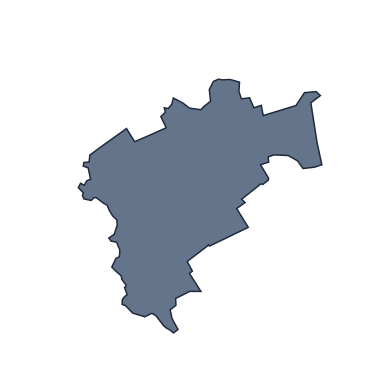 outline of Cumberland, Maine, United States of America, rotated 111°
{"feature_id": "52423323B1256829191477", "entity_name": "Cumberland", "entity_type": "district", "adm_level": 2, "iso_a3": "USA", "parent_name": "United States of America", "parent_adm1": "Maine", "projection": "natural_earth1", "projection_center": [-70.316, 43.849], "detail": "fine", "context": "isolated", "style": "filled", "palette": "slate", "viewbox_px": 384, "rotation_deg": 111, "n_neighbors": 0, "source": "geoboundaries", "source_scale": "gbopen_adm2", "svg_char_len": 1697}
<svg xmlns="http://www.w3.org/2000/svg" viewBox="0 0 384 384"><g transform="rotate(111 192 192)"><path d="M194.2,300.7L194.4,300.5L201.0,298.8L203.1,303.5L206.5,302.9L206.8,302.9L206.7,297.6L215.1,292.1L216.4,291.2L216.8,291.7L219.3,294.3L224.2,295.0L223.8,299.2L228.7,299.7L231.7,293.2L234.6,293.0L237.2,290.4L236.0,283.0L232.4,281.6L231.6,279.4L234.3,270.1L234.5,268.1L234.7,266.6L238.9,262.5L242.7,257.6L243.9,254.8L245.0,252.2L249.5,250.0L255.0,249.7L259.4,249.5L264.8,253.2L266.9,250.0L265.9,244.3L267.7,242.7L269.4,241.2L271.6,238.8L273.7,238.1L278.3,236.6L281.2,239.2L290.8,240.0L293.1,235.0L295.6,228.2L298.8,226.1L302.6,220.1L303.9,219.8L305.2,220.8L311.1,215.8L314.2,217.6L317.6,218.5L322.0,216.9L322.0,213.2L326.3,204.0L325.4,191.3L319.6,186.0L320.5,181.2L327.0,170.6L328.1,167.6L328.7,163.4L330.2,158.8L325.4,155.8L317.1,165.5L314.6,167.0L309.9,170.2L303.6,166.4L297.2,169.1L285.6,158.5L281.6,148.1L268.9,165.2L265.7,163.3L258.6,171.6L237.1,158.4L235.3,157.7L236.2,156.3L228.2,148.7L204.8,126.8L191.4,144.4L182.8,138.6L181.0,143.1L159.7,130.6L159.6,128.6L153.5,125.0L151.7,125.4L142.0,137.8L136.6,131.1L131.9,133.5L127.9,128.6L123.5,115.3L125.1,104.6L130.3,96.8L124.8,86.3L122.7,83.8L120.1,80.5L100.5,93.3L66.1,113.0L56.0,106.7L53.8,112.0L58.9,122.6L74.0,125.9L95.1,152.9L86.3,158.4L91.2,164.5L83.4,172.0L87.3,179.2L81.4,184.2L72.4,187.0L73.3,196.7L76.5,204.1L77.2,207.8L81.1,211.6L90.1,212.6L100.6,207.2L108.0,211.6L112.0,213.2L114.6,224.3L112.3,232.0L110.9,243.1L117.4,242.3L122.6,244.2L123.3,248.1L127.1,245.5L132.8,248.1L141.3,239.1L156.6,254.4L165.6,263.6L162.7,267.4L156.2,275.9L184.0,294.2L184.2,294.3L194.2,300.7Z" fill="#64748b" stroke="#1e293b" stroke-width="1.5"/></g></svg>